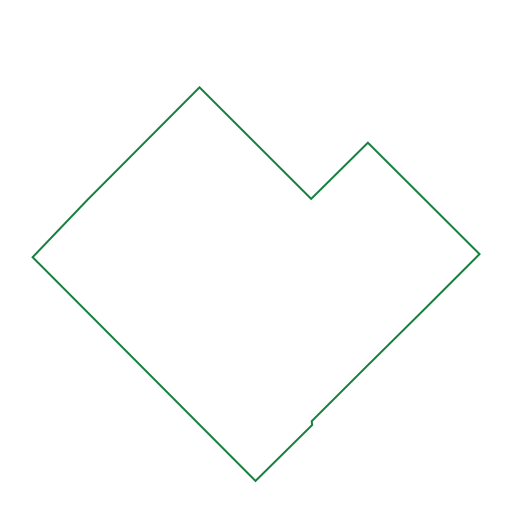 outline of McLeod, Minnesota, United States of America, rotated 225°
{"feature_id": "52423323B8847059572171", "entity_name": "McLeod", "entity_type": "district", "adm_level": 2, "iso_a3": "USA", "parent_name": "United States of America", "parent_adm1": "Minnesota", "projection": "orthographic", "projection_center": [-94.33, 44.805], "detail": "fine", "context": "isolated", "style": "outline", "palette": "green", "viewbox_px": 512, "rotation_deg": 225, "n_neighbors": 0, "source": "geoboundaries", "source_scale": "gbopen_adm2", "svg_char_len": 312}
<svg xmlns="http://www.w3.org/2000/svg" viewBox="0 0 512 512"><g transform="rotate(225 256 256)"><path d="M96.8,176.2L99.8,178.6L99.7,255.8L99.3,335.9L99.3,415.4L257.0,415.2L257.4,335.4L415.2,335.3L414.9,176.3L413.1,97.2L255.9,96.9L97.3,96.6L96.8,176.2Z" fill="none" stroke="#15803d" stroke-width="2"/></g></svg>